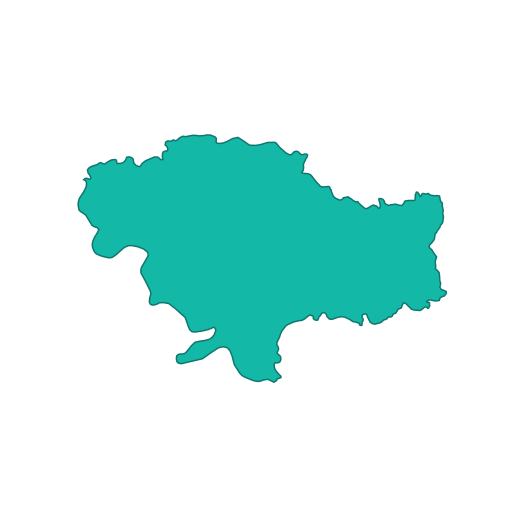 the district of Mashaleng, Mohale's Hoek, Lesotho, rotated 114°
{"feature_id": "5366337B32794114479913", "entity_name": "Mashaleng", "entity_type": "district", "adm_level": 2, "iso_a3": "LSO", "parent_name": "Lesotho", "parent_adm1": "Mohale's Hoek", "projection": "robinson", "projection_center": [27.391, -30.076], "detail": "fine", "context": "isolated", "style": "filled", "palette": "teal", "viewbox_px": 512, "rotation_deg": 114, "n_neighbors": 0, "source": "geoboundaries", "source_scale": "gbopen_adm2", "svg_char_len": 6124}
<svg xmlns="http://www.w3.org/2000/svg" viewBox="0 0 512 512"><g transform="rotate(114 256 256)"><path d="M222.1,70.5L219.5,70.8L217.5,69.5L215.8,67.6L212.6,67.0L211.0,68.0L211.0,70.7L211.3,73.2L209.7,75.3L207.2,75.8L205.5,76.4L204.1,77.9L199.0,80.5L196.6,82.1L195.4,84.5L194.8,86.7L191.6,88.0L188.4,90.0L183.3,90.7L180.7,95.3L178.9,97.8L177.6,101.4L175.4,102.0L173.1,101.0L169.4,100.0L167.6,100.0L162.8,101.4L161.2,100.6L159.4,100.6L155.0,99.7L153.3,100.0L151.8,99.5L149.4,99.1L143.9,100.7L140.7,103.0L138.5,103.3L134.3,106.3L131.8,107.4L131.4,108.6L130.3,110.2L126.6,112.7L126.9,114.7L128.2,116.9L129.3,120.8L129.4,122.2L128.8,123.7L128.9,124.3L130.3,125.8L130.8,128.4L131.2,129.2L132.2,129.7L134.4,129.7L134.7,130.1L134.6,130.7L132.8,132.7L132.0,134.8L132.6,135.5L135.1,135.2L135.5,135.4L135.9,135.0L139.9,133.6L140.3,133.7L140.7,133.9L141.3,134.7L142.1,136.8L143.5,139.7L145.0,142.0L145.7,142.5L146.4,142.3L149.1,142.7L149.9,142.9L150.5,143.3L151.1,144.8L151.8,148.1L151.7,148.7L151.8,149.4L154.4,153.8L155.3,154.5L155.7,155.3L156.0,156.9L155.5,159.7L154.7,160.6L154.1,160.7L153.2,161.9L152.7,163.0L152.6,164.2L152.8,165.4L153.3,166.6L153.5,166.9L154.3,166.8L154.7,166.6L158.9,163.1L161.5,162.5L162.2,162.8L162.5,163.9L161.9,164.6L161.4,166.0L161.6,169.1L161.8,169.7L163.6,171.2L166.8,173.3L168.1,174.9L168.2,176.1L167.5,178.6L165.9,183.8L165.2,184.5L165.0,185.3L165.6,185.8L165.9,186.5L165.9,187.4L165.8,189.8L165.0,192.7L165.0,194.3L164.5,195.2L164.6,196.2L165.0,196.3L165.3,197.0L167.3,199.9L169.3,200.3L169.8,200.6L170.9,202.5L170.9,206.7L170.1,209.3L169.6,210.1L166.8,213.0L164.9,214.5L164.8,215.0L164.5,215.4L163.1,216.7L162.9,217.5L163.1,218.3L165.2,221.8L165.7,222.9L166.1,224.1L166.2,225.1L165.9,226.1L164.0,230.5L162.9,232.9L160.4,237.4L159.6,239.4L159.7,241.9L161.3,246.8L161.2,248.2L158.5,247.7L155.8,248.5L153.0,250.0L147.6,250.0L144.4,249.6L142.7,250.0L142.4,251.0L142.7,252.4L143.5,253.6L144.5,254.6L144.9,255.9L144.7,257.3L143.9,258.9L143.6,260.6L144.1,262.2L145.4,263.6L149.0,264.9L149.9,266.6L149.6,270.9L147.0,278.9L144.6,283.5L144.6,285.2L147.4,291.3L152.9,297.8L155.3,301.7L157.4,307.0L156.1,313.5L155.0,320.7L158.1,325.0L163.0,328.9L166.1,331.9L168.1,335.2L168.8,338.0L168.0,338.9L165.4,339.7L164.6,340.3L163.9,341.8L164.0,346.6L165.5,350.3L167.0,352.3L169.2,356.3L170.4,360.3L171.6,363.1L175.6,368.8L176.3,371.4L176.9,372.2L177.5,372.4L178.7,373.6L182.7,375.5L183.2,376.1L183.5,376.6L183.5,378.4L183.8,379.0L185.7,380.3L186.7,383.2L187.4,384.1L189.0,384.9L190.5,384.3L191.2,384.3L191.7,383.8L191.9,382.7L192.5,381.6L193.8,380.3L195.4,379.6L196.2,380.0L197.1,381.7L198.9,383.2L200.1,383.1L201.3,382.8L203.8,381.7L204.5,381.1L204.9,380.6L205.4,380.3L206.1,380.6L206.2,381.3L206.7,382.1L205.6,386.0L206.8,389.0L213.9,395.6L218.1,397.8L221.3,398.2L222.0,399.8L222.0,402.7L220.9,405.3L217.5,407.6L217.0,408.7L216.7,410.0L217.0,411.9L217.4,412.9L218.4,414.3L221.3,414.1L222.8,414.5L224.8,415.4L226.3,417.1L227.9,420.2L227.9,420.8L226.0,422.0L225.2,422.7L225.2,423.9L225.9,425.3L227.2,427.3L230.3,429.7L232.9,431.2L233.6,431.9L233.9,432.7L233.8,435.7L234.3,436.5L237.5,438.7L240.4,442.1L243.0,444.2L245.8,445.0L248.5,443.1L249.8,440.8L251.8,438.5L253.6,439.1L253.8,442.1L254.7,443.7L256.4,444.4L256.3,443.3L256.6,442.2L257.7,440.8L260.9,439.5L264.3,439.3L267.7,439.6L275.4,440.8L279.7,440.1L281.6,439.3L284.9,437.2L286.2,436.0L286.8,434.2L287.1,431.5L287.9,428.1L294.7,418.3L295.0,415.7L294.7,412.4L295.6,410.5L298.4,410.3L304.7,411.1L308.1,411.1L310.7,410.7L312.0,410.3L314.3,409.0L316.9,406.6L318.2,404.7L318.7,403.5L319.0,402.1L319.0,398.6L318.6,394.9L318.1,392.3L317.4,389.6L316.4,387.6L314.9,386.2L311.2,384.1L302.9,380.4L300.3,378.6L298.3,376.5L297.0,373.7L295.6,367.7L295.3,361.6L296.4,357.3L297.5,355.7L299.3,354.8L300.9,354.7L313.1,356.0L315.6,355.5L318.3,354.2L324.3,346.3L330.8,338.5L332.2,337.2L334.1,336.5L337.8,336.0L341.6,334.6L343.1,332.8L342.9,330.6L341.8,328.6L339.9,326.6L338.1,325.3L336.3,321.8L334.9,316.4L336.8,308.4L341.0,295.6L348.7,288.4L350.3,286.5L351.1,284.3L350.9,282.5L350.2,280.7L346.5,274.8L342.5,269.6L339.9,267.1L338.9,266.4L338.2,265.4L338.9,263.6L340.5,262.4L345.1,262.2L347.9,262.9L350.7,264.4L353.9,268.2L356.6,272.6L359.6,276.6L363.7,278.3L372.9,280.8L374.4,281.9L375.4,283.4L376.6,285.8L377.8,287.1L379.5,287.8L381.6,287.2L383.3,286.3L384.8,285.1L385.4,283.0L384.8,280.5L371.6,263.1L363.1,258.1L355.3,253.1L353.5,251.0L352.2,248.7L351.7,246.7L351.6,244.6L353.1,241.3L356.8,237.4L364.0,231.7L369.6,223.2L370.9,220.2L371.2,216.1L371.0,210.3L370.8,207.2L370.2,204.4L369.3,202.2L368.1,200.6L366.5,199.0L363.9,195.3L363.8,193.0L364.0,188.3L361.6,186.6L359.5,186.6L357.4,184.2L356.6,183.8L355.7,184.4L355.0,186.5L353.1,190.5L351.8,192.5L350.2,193.9L348.4,195.1L347.0,195.3L345.7,195.0L345.2,193.6L344.2,191.9L343.0,191.2L342.0,191.0L340.3,191.3L338.1,192.5L337.3,193.8L336.4,196.9L335.6,197.5L334.1,197.4L331.8,197.5L330.6,198.4L329.5,199.5L328.9,200.6L327.3,201.5L325.7,201.7L320.6,201.5L317.7,201.9L313.9,201.8L307.9,200.4L305.9,199.2L301.0,194.8L298.1,191.1L296.2,188.0L294.2,186.3L288.0,183.0L287.7,179.4L288.0,179.0L289.9,178.2L290.4,176.8L290.1,174.3L289.2,173.5L285.6,173.7L284.3,172.9L282.1,172.8L281.0,172.2L279.9,170.6L280.6,168.1L282.3,166.8L283.8,163.2L282.7,160.5L278.4,156.0L276.6,152.9L275.8,150.5L275.8,145.3L276.5,140.7L275.8,138.2L275.5,134.2L276.8,133.4L276.9,132.5L276.7,131.5L276.1,131.1L275.6,131.2L274.2,131.9L272.9,132.1L271.0,131.9L269.8,132.7L269.1,133.8L268.0,134.6L267.2,134.8L266.3,134.6L265.3,133.8L264.4,132.8L264.2,131.9L264.7,130.8L266.6,129.0L269.9,125.0L270.3,123.3L270.4,121.6L269.8,119.5L266.1,115.0L262.5,113.3L261.1,111.6L260.3,111.0L257.7,110.2L256.9,108.0L255.5,107.1L253.1,107.0L251.4,105.1L249.0,104.7L247.3,104.7L246.1,103.9L245.4,103.0L244.2,102.1L242.3,102.4L239.6,102.3L238.8,102.2L238.6,101.7L238.5,100.3L238.6,99.5L241.3,92.6L241.1,89.8L239.1,84.0L237.6,82.8L234.2,81.3L233.5,80.1L233.3,79.0L234.0,78.0L233.4,77.2L230.8,77.0L229.6,77.9L228.4,78.3L228.0,79.1L228.7,80.9L228.7,81.3L227.7,81.5L227.3,81.4L225.1,79.1L224.8,76.3L224.3,74.9L224.1,73.7L222.1,70.5Z" fill="#14b8a6" stroke="#0f766e" stroke-width="1.5"/></g></svg>